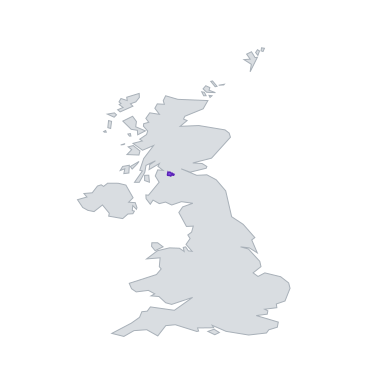 where Glasgow sits in United Kingdom, rotated 9°
{"feature_id": "GBR-2004", "entity_name": "Glasgow", "entity_type": "Unitary District (city)", "adm_level": 1, "iso_a3": "GBR", "parent_name": "United Kingdom", "parent_adm1": "", "projection": "robinson", "projection_center": [-4.241, 55.85], "detail": "fine", "context": "in_parent", "style": "filled", "palette": "violet", "viewbox_px": 384, "rotation_deg": 9, "n_neighbors": 0, "source": "natural_earth", "source_scale": "10m", "svg_char_len": 4368}
<svg xmlns="http://www.w3.org/2000/svg" viewBox="0 0 384 384"><g transform="rotate(9 192 192)"><path d="M209.1,296.0L189.5,306.2L183.3,305.5L175.7,300.4L167.8,301.0L171.1,298.4L164.3,296.0L152.5,299.4L147.4,297.0L144.3,292.0L169.8,279.1L173.6,272.8L171.4,270.9L170.8,262.0L157.6,265.2L167.1,255.4L178.5,250.7L188.4,249.5L193.6,252.0L192.0,248.1L194.3,247.2L197.6,250.7L201.4,250.6L194.3,244.7L197.4,238.3L194.6,235.1L197.9,231.7L198.6,225.5L191.9,226.9L182.2,214.3L185.1,208.2L194.6,203.0L183.1,203.2L174.0,208.0L167.4,206.1L161.5,208.6L154.8,206.1L152.7,210.6L147.7,205.8L146.9,202.1L149.5,202.0L158.0,187.5L153.2,181.9L154.7,175.5L160.1,175.2L154.3,172.0L155.3,169.0L146.1,176.6L146.0,171.6L151.0,166.9L142.4,172.9L142.3,179.9L138.4,190.7L133.7,191.4L139.7,179.0L137.0,178.7L139.1,166.4L146.8,152.1L136.6,158.5L126.1,153.2L134.9,149.4L132.1,148.0L138.1,142.4L138.7,138.7L133.7,134.6L133.6,132.1L138.4,129.9L134.9,126.5L137.9,120.4L147.7,120.4L142.2,115.1L143.9,110.4L151.0,109.7L149.3,106.3L150.9,101.1L163.5,102.7L193.4,99.2L190.0,108.1L173.1,118.3L172.2,121.3L176.0,122.2L170.0,129.0L188.3,125.3L214.9,125.5L219.5,128.0L221.4,131.9L206.0,155.5L188.2,163.2L197.6,162.3L202.7,164.5L202.3,166.3L187.1,172.7L177.7,170.8L194.1,174.8L204.0,172.7L214.1,176.2L225.1,185.6L235.0,210.2L247.7,216.0L261.2,227.2L258.5,230.0L266.0,241.9L257.3,238.2L248.5,238.6L256.7,239.5L269.8,249.9L271.8,254.9L265.0,262.3L270.4,265.1L276.6,260.5L292.8,261.8L301.7,266.7L303.9,271.8L300.9,285.1L292.8,289.4L293.9,293.0L282.1,296.4L285.5,297.5L285.4,300.9L274.8,304.0L297.6,307.0L297.4,312.2L289.4,316.1L287.6,319.6L270.3,324.4L247.4,324.3L232.8,320.5L234.7,322.7L218.7,325.4L220.3,328.3L218.6,329.0L196.3,325.7L187.0,328.1L180.7,339.5L168.8,335.1L156.4,338.0L147.3,345.3L134.9,344.2L152.6,331.0L159.8,324.0L161.2,318.1L166.4,316.7L168.9,312.0L193.1,311.6L209.1,296.0ZM127.7,229.1L113.5,228.9L113.6,225.9L105.6,218.8L98.3,226.7L92.0,226.4L86.5,224.4L80.1,217.5L89.0,213.4L85.5,210.4L93.6,208.4L97.7,200.9L101.2,199.1L103.8,200.3L107.3,196.5L117.9,194.9L125.6,195.5L134.7,206.9L131.0,212.0L137.6,211.4L140.1,216.1L139.8,217.8L135.6,214.7L135.9,219.6L138.1,219.9L137.0,222.7L132.1,223.8L127.7,229.1ZM125.2,106.9L122.4,111.8L117.4,114.5L120.2,116.5L108.5,124.1L105.7,122.4L110.7,119.3L106.4,117.0L108.0,115.7L105.8,114.4L107.2,110.8L113.7,111.8L112.7,108.6L124.4,102.9L125.2,106.9ZM126.1,131.1L126.2,136.4L136.4,138.9L129.4,144.0L128.4,139.6L122.1,139.6L112.6,132.8L121.5,126.5L126.1,131.1ZM228.8,44.2L233.3,49.4L235.5,48.7L230.6,64.2L230.6,56.6L222.6,53.1L228.7,51.7L224.4,47.3L228.8,44.2ZM133.8,163.8L121.9,165.2L125.8,159.6L121.9,157.4L126.7,155.3L134.2,159.6L133.8,163.8ZM166.0,247.5L172.0,250.7L164.7,255.7L160.6,252.0L160.3,248.4L166.0,247.5ZM125.9,175.4L126.7,183.1L121.8,184.5L122.0,179.6L117.7,182.0L119.5,177.6L125.9,175.4ZM193.3,86.1L192.9,88.8L199.6,90.2L190.9,91.2L186.8,88.4L189.0,84.9L193.3,86.1ZM148.4,189.0L143.4,188.1L142.6,182.9L146.7,182.2L148.4,189.0ZM241.0,326.5L236.8,329.4L229.5,327.2L235.3,324.1L241.0,326.5ZM129.3,178.7L127.1,176.5L134.9,170.1L133.2,173.3L129.3,178.7ZM103.0,126.0L105.4,127.6L103.4,130.3L96.2,128.3L103.0,126.0ZM101.7,142.0L98.8,141.6L98.4,134.5L101.5,134.8L101.7,142.0ZM235.7,46.8L233.0,44.3L234.4,41.2L236.6,42.1L235.7,46.8ZM200.2,83.7L198.4,84.4L193.2,79.8L194.9,79.1L200.2,83.7ZM190.9,94.7L188.5,95.1L185.9,91.5L188.6,91.6L190.9,94.7ZM241.1,38.7L240.2,42.1L238.1,41.8L238.1,38.7L241.1,38.7ZM206.6,81.3L201.6,82.4L207.1,80.5L206.6,81.3ZM122.9,146.3L121.5,146.6L119.6,144.8L122.0,143.9L122.9,146.3ZM196.7,93.8L195.0,95.8L193.7,93.9L196.7,93.8ZM117.3,155.8L114.2,156.7L118.3,154.7L117.3,155.8ZM98.0,146.3L96.0,146.6L95.2,146.1L97.1,144.8L98.0,146.3Z" fill="#d9dde1" stroke="#a8b0b8" stroke-width="1"/><path d="M165.1,177.3L165.1,177.2L165.1,176.6L165.2,176.1L165.3,176.2L165.7,176.3L166.0,176.4L166.3,176.4L166.5,176.3L166.7,176.1L166.9,175.9L167.0,175.8L167.4,176.0L167.8,176.4L168.3,176.6L168.8,176.6L169.1,176.6L169.4,176.5L169.5,176.6L170.0,177.0L170.4,177.2L170.9,177.2L171.3,177.2L171.5,177.4L171.5,177.5L171.2,177.9L171.2,178.3L170.7,178.4L169.7,178.2L169.1,178.2L168.8,178.4L168.7,178.5L168.8,178.9L168.8,179.2L168.5,179.5L168.0,179.5L167.7,179.3L167.3,179.0L167.0,179.1L166.5,179.2L165.9,179.3L165.5,179.3L165.3,179.3L165.1,179.0L165.1,178.6L165.1,178.2L165.1,177.6L165.1,177.3Z" fill="#8b5cf6" stroke="#5b21b6" stroke-width="1.5"/></g></svg>